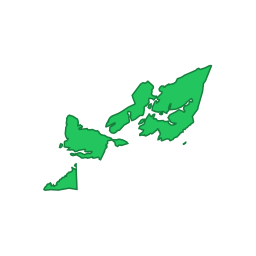 outline of Hoonah-Angoon, Alaska, United States of America, rotated 128°
{"feature_id": "52423323B82121365400499", "entity_name": "Hoonah-Angoon", "entity_type": "district", "adm_level": 2, "iso_a3": "USA", "parent_name": "United States of America", "parent_adm1": "Alaska", "projection": "equal_earth", "projection_center": [-135.122, 58.217], "detail": "fine", "context": "isolated", "style": "filled", "palette": "green", "viewbox_px": 256, "rotation_deg": 128, "n_neighbors": 0, "source": "geoboundaries", "source_scale": "gbopen_adm2", "svg_char_len": 5931}
<svg xmlns="http://www.w3.org/2000/svg" viewBox="0 0 256 256"><g transform="rotate(128 128 128)"><path d="M82.7,80.2L79.2,84.4L70.0,84.7L68.6,85.6L53.4,91.7L46.5,95.9L43.3,96.0L27.7,100.5L27.7,101.1L29.2,102.4L33.2,104.3L37.2,107.0L37.6,107.8L37.4,108.9L37.7,109.2L39.2,109.9L40.1,109.9L41.6,110.5L51.8,116.0L53.9,116.6L56.2,117.7L58.7,119.4L62.3,118.6L65.0,119.4L68.6,122.3L68.3,122.9L71.0,124.0L73.1,124.2L73.6,124.8L73.0,125.6L74.1,127.3L75.8,127.8L78.1,127.5L79.2,126.1L79.2,125.0L78.6,123.8L79.2,123.1L80.1,122.8L86.5,123.7L87.2,122.3L87.1,121.6L86.3,120.7L88.0,120.1L90.4,120.7L89.5,121.6L89.2,122.3L89.5,122.8L90.3,123.0L96.5,121.7L99.2,119.9L98.0,115.9L97.0,114.5L97.0,113.8L95.8,113.0L95.4,112.0L93.5,110.8L92.7,106.7L92.2,106.5L91.6,107.1L88.9,106.7L88.4,107.1L87.9,107.9L86.4,108.6L83.5,109.6L82.6,109.2L83.9,108.2L86.8,106.9L87.5,106.1L87.4,105.7L83.4,101.7L78.9,99.1L72.9,97.4L72.0,97.7L66.0,96.3L65.8,95.6L66.5,94.6L66.4,94.2L67.9,93.5L68.7,94.4L68.6,94.9L69.3,95.5L70.7,95.3L71.5,94.7L73.7,95.3L75.5,96.6L77.2,96.8L78.9,95.9L79.3,95.0L79.4,93.8L80.5,93.3L81.2,93.9L81.1,95.1L82.3,99.1L85.9,100.3L91.6,103.0L92.8,103.1L95.2,102.8L96.9,98.0L96.3,95.2L95.3,94.2L94.8,93.0L95.5,92.9L96.4,93.3L98.7,95.1L99.1,95.7L99.2,99.2L97.5,100.2L99.2,101.7L100.5,103.4L100.4,104.8L104.2,109.1L103.5,111.2L104.1,112.6L104.8,112.9L104.9,113.9L102.9,114.7L102.0,114.7L100.8,115.4L100.9,115.8L101.3,116.1L103.1,116.7L104.0,116.1L104.7,116.8L104.7,118.3L103.8,119.5L103.9,119.9L111.1,119.2L114.8,117.7L117.6,118.7L119.2,119.7L121.0,119.3L121.7,119.0L120.9,117.5L120.8,115.8L120.0,115.1L119.9,114.5L120.8,114.1L122.3,113.9L125.3,114.9L126.1,114.7L126.6,114.2L126.1,113.5L125.0,112.9L124.3,111.3L123.2,110.8L123.2,110.2L123.6,109.9L123.3,109.1L120.1,107.5L118.7,107.3L118.2,106.9L118.0,105.6L116.4,105.0L115.5,105.0L114.7,104.5L113.1,104.6L112.4,103.9L111.1,104.2L110.5,104.1L110.2,103.3L111.1,102.4L111.1,101.4L111.8,100.9L111.9,99.7L112.8,99.2L113.0,98.7L115.6,98.4L118.2,97.5L118.7,97.1L117.9,96.4L116.5,96.4L115.8,96.0L115.7,95.3L117.3,94.2L117.3,93.5L112.5,90.6L111.5,88.6L112.1,87.2L112.0,86.9L109.2,85.5L107.4,85.5L105.5,84.5L105.0,83.9L100.9,83.5L99.4,83.8L98.7,82.9L97.8,82.9L97.3,82.6L97.1,82.2L96.1,83.2L95.1,83.4L94.0,82.5L94.0,82.2L92.1,82.2L91.3,81.7L87.9,81.4L87.1,80.6L85.8,80.9L83.8,80.0L82.7,80.2ZM149.4,127.1L148.9,124.8L147.0,124.5L146.1,123.6L146.0,122.6L140.3,118.6L139.8,120.5L140.6,124.5L141.9,127.5L143.0,128.9L144.0,129.3L146.8,132.9L146.8,133.6L146.4,134.7L147.1,137.1L147.8,138.3L148.3,142.0L149.0,143.0L149.8,145.2L149.7,147.5L149.0,148.6L148.9,150.2L150.1,151.4L151.1,155.1L153.5,157.5L154.1,158.9L153.6,159.8L159.1,165.4L158.6,166.3L158.3,166.4L156.7,165.5L156.7,164.8L155.6,164.7L154.8,165.1L155.0,167.8L156.1,168.0L157.1,169.0L155.1,170.0L153.8,171.0L152.2,173.2L152.7,178.6L154.0,182.1L155.3,182.6L157.9,182.3L158.5,182.0L158.6,181.6L162.2,179.6L162.8,179.0L162.5,178.3L165.8,177.3L171.0,174.0L172.7,172.1L173.8,169.8L173.1,168.7L173.3,168.5L175.6,168.4L177.5,169.6L178.1,169.5L182.0,166.8L181.8,165.9L179.7,162.4L179.6,161.8L182.3,162.1L181.2,160.2L179.8,159.0L179.0,157.6L179.2,155.1L177.0,153.5L176.0,153.2L171.9,149.4L171.2,148.4L172.9,147.6L172.7,146.7L168.8,142.1L169.0,141.7L169.9,141.5L171.6,142.1L172.1,143.3L172.9,144.2L175.5,145.7L176.2,147.1L176.3,148.4L176.9,150.3L177.9,151.4L180.1,152.9L182.0,154.7L182.1,155.6L182.9,156.9L183.8,157.3L184.0,157.1L184.2,156.6L184.1,155.4L183.6,154.2L183.0,154.0L180.7,151.8L180.1,147.5L180.3,146.2L179.2,144.8L178.1,144.0L176.8,142.2L176.7,141.3L172.8,138.1L173.3,137.5L172.9,136.5L169.4,133.5L169.3,132.4L170.3,131.3L169.9,130.1L160.7,132.1L160.4,132.5L158.7,133.0L156.2,132.8L155.1,133.7L155.7,134.4L154.7,134.9L152.7,134.6L151.0,136.0L150.1,135.9L149.1,134.7L146.8,132.9L147.4,131.7L147.3,129.7L149.4,127.1ZM134.5,148.0L134.3,147.6L135.3,147.2L136.0,147.7L137.8,147.5L140.6,146.3L140.4,145.8L136.1,143.4L133.1,142.3L132.4,141.9L132.0,141.1L133.3,140.8L138.5,142.7L141.4,140.9L142.0,138.3L141.1,136.4L140.5,135.7L139.5,135.1L136.0,134.5L135.4,133.6L134.5,133.3L128.2,132.9L123.0,130.7L121.5,131.2L119.8,133.4L118.0,134.6L117.2,135.4L117.2,136.7L116.5,137.5L115.0,138.1L114.4,137.6L113.9,135.7L116.4,133.6L118.1,132.7L119.8,129.6L118.8,128.8L116.3,127.6L110.8,126.3L109.0,124.2L107.4,124.4L104.0,126.2L101.6,128.1L99.5,127.9L99.4,127.3L95.5,127.1L94.6,127.3L93.1,129.1L91.6,129.5L90.0,127.1L90.0,125.0L85.6,124.9L85.4,125.1L86.6,126.7L87.3,128.5L86.8,130.5L84.8,131.3L82.9,132.9L81.7,132.5L80.2,133.1L79.6,133.8L79.4,134.4L78.9,141.1L79.4,141.4L80.3,141.3L82.2,142.1L82.6,143.3L83.2,144.1L85.7,145.1L99.7,144.8L101.4,142.4L104.4,137.3L105.3,137.5L111.5,140.6L118.5,142.9L122.4,144.5L128.2,147.8L130.4,148.5L131.9,148.5L134.5,148.0ZM228.3,156.1L227.9,154.9L224.1,150.9L219.7,144.6L211.7,137.4L207.8,130.4L192.0,143.8L193.0,143.8L193.6,147.1L193.5,147.6L193.7,147.8L195.0,146.0L196.1,145.5L198.6,146.4L199.0,147.3L199.7,147.2L201.4,147.8L202.5,147.7L204.0,146.8L204.3,147.1L204.1,147.8L204.2,148.1L206.3,148.0L206.7,148.7L207.5,148.8L207.6,149.2L209.6,149.2L210.1,149.8L210.7,149.9L212.3,149.3L212.8,150.1L214.6,150.4L215.8,150.1L216.6,149.1L217.8,149.8L219.4,150.2L219.5,150.8L219.1,151.0L218.7,151.8L219.7,151.9L220.8,152.7L220.6,153.3L219.4,154.0L219.5,154.5L219.1,155.4L220.4,155.6L221.6,156.7L222.4,156.9L223.6,156.6L225.5,156.9L228.0,156.6L228.3,156.1ZM111.1,120.6L112.3,122.0L114.0,122.5L118.0,122.2L118.2,121.9L115.8,120.2L114.7,119.9L113.3,119.9L111.1,120.6ZM96.3,123.4L94.8,124.6L96.0,125.4L97.2,125.6L99.4,124.8L99.5,123.1L99.3,122.7L98.9,122.7L96.3,123.4ZM181.4,169.7L181.7,171.2L183.0,171.1L185.4,170.0L185.1,169.2L183.5,168.7L182.5,168.9L181.4,169.7ZM95.0,110.1L97.2,111.8L97.5,111.5L97.1,110.1L96.2,109.5L95.3,109.6L95.0,110.1ZM188.3,146.8L189.0,147.2L190.4,147.0L190.6,146.6L190.3,146.0L190.6,144.9L188.3,146.8ZM103.8,73.7L106.5,74.5L106.6,74.2L106.0,73.8L104.1,73.4L103.8,73.7Z" fill="#22c55e" stroke="#15803d" stroke-width="1.5"/></g></svg>